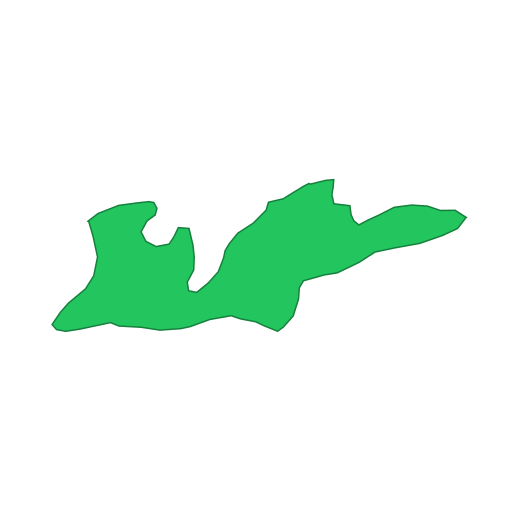 Osby, Skåne, Sweden, rotated 168°
{"feature_id": "70781695B63851832202754", "entity_name": "Osby", "entity_type": "district", "adm_level": 2, "iso_a3": "SWE", "parent_name": "Sweden", "parent_adm1": "Skåne", "projection": "equal_earth", "projection_center": [14.155, 56.44], "detail": "fine", "context": "isolated", "style": "filled", "palette": "green", "viewbox_px": 512, "rotation_deg": 168, "n_neighbors": 0, "source": "geoboundaries", "source_scale": "gbopen_adm2", "svg_char_len": 1278}
<svg xmlns="http://www.w3.org/2000/svg" viewBox="0 0 512 512"><g transform="rotate(168 256 256)"><path d="M189.1,315.9L194.8,314.4L205.9,310.5L217.5,306.3L232.6,306.0L236.6,298.7L251.8,288.7L269.1,282.1L279.8,273.4L285.1,267.6L288.2,260.7L296.2,248.4L308.2,239.6L321.6,232.7L329.1,236.0L328.7,244.7L319.8,255.3L316.7,267.6L315.4,279.4L315.8,296.9L326.1,299.9L332.3,291.8L338.5,285.7L351.8,286.0L360.7,293.3L363.4,303.5L355.4,312.9L346.1,317.1L343.0,323.2L344.8,329.5L349.2,331.4L360.8,332.6L377.9,333.9L379.5,334.1L401.7,330.4L413.2,324.9L412.4,324.2L411.3,309.4L411.2,288.0L418.8,270.4L429.6,259.3L449.1,249.0L458.9,241.7L469.7,231.4L469.0,230.1L466.4,225.5L457.8,221.9L443.6,221.1L412.2,221.1L404.6,216.0L382.9,210.1L365.5,203.5L344.9,200.6L335.1,200.6L314.5,203.5L292.8,202.8L284.2,197.7L270.1,191.8L262.5,186.0L250.5,177.9L244.0,180.8L232.1,189.6L223.4,205.0L220.2,216.0L214.7,221.9L193.0,223.3L180.0,222.6L156.1,228.5L138.8,235.1L119.2,235.1L93.2,234.3L69.3,237.3L53.1,241.0L42.6,249.9L42.3,250.0L51.7,259.3L66.2,262.2L78.0,269.2L93.3,273.5L110.7,274.9L126.7,270.6L139.2,267.8L148.9,265.0L153.1,270.2L154.4,276.8L153.7,285.7L169.0,290.9L169.0,300.3L166.2,307.4L164.1,314.5L171.8,315.5L187.8,315.0L189.1,315.9Z" fill="#22c55e" stroke="#15803d" stroke-width="1.5"/></g></svg>